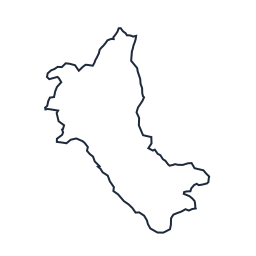 outline of Tsada, Paphos, Cyprus, rotated 12°
{"feature_id": "46923920B10097570546331", "entity_name": "Tsada", "entity_type": "district", "adm_level": 2, "iso_a3": "CYP", "parent_name": "Cyprus", "parent_adm1": "Paphos", "projection": "robinson", "projection_center": [32.485, 34.834], "detail": "fine", "context": "isolated", "style": "outline", "palette": "slate", "viewbox_px": 256, "rotation_deg": 12, "n_neighbors": 0, "source": "geoboundaries", "source_scale": "gbopen_adm2", "svg_char_len": 2072}
<svg xmlns="http://www.w3.org/2000/svg" viewBox="0 0 256 256"><g transform="rotate(12 128 128)"><path d="M46.5,82.8L43.8,85.6L40.8,87.6L38.1,91.2L38.1,94.9L40.8,96.6L48.4,92.7L50.0,93.7L53.2,97.1L50.0,102.6L49.2,107.2L49.2,113.1L45.3,114.5L44.4,118.3L44.4,123.2L42.7,125.4L43.4,127.0L45.5,126.1L49.4,125.8L56.0,125.5L55.1,128.2L58.7,135.8L64.9,138.6L64.6,142.6L63.8,143.2L65.4,145.7L65.0,148.4L60.7,153.3L61.3,156.4L65.5,156.0L71.0,155.7L74.4,151.4L79.6,149.0L86.2,150.3L88.6,151.5L92.7,155.0L92.6,158.8L96.0,161.4L99.8,163.3L102.4,167.6L108.0,171.3L106.7,172.1L109.4,173.5L112.4,176.6L118.1,178.8L119.5,181.0L121.3,183.9L126.5,188.8L126.8,192.7L130.3,194.2L132.1,195.0L139.2,200.4L144.5,202.6L149.0,205.4L153.0,209.2L156.4,208.2L162.0,210.4L165.6,214.3L167.5,217.9L170.7,221.6L176.3,223.4L178.6,224.1L184.3,223.0L190.1,218.3L190.1,213.9L188.9,207.3L190.4,203.3L194.4,200.6L197.1,199.0L198.8,197.6L201.1,195.5L204.7,196.1L207.5,194.0L210.9,192.6L210.5,192.1L209.2,187.6L208.2,185.5L205.6,183.6L202.3,181.9L196.2,180.8L196.2,179.0L198.4,177.9L202.2,176.9L202.4,174.0L204.5,170.1L206.8,168.3L209.1,169.2L212.7,167.8L216.8,165.8L217.9,164.1L217.5,161.2L217.5,158.6L213.9,156.3L210.6,153.7L205.9,153.6L201.5,153.5L197.5,149.1L193.9,150.1L189.3,152.7L184.7,153.6L181.5,153.6L179.6,154.8L176.5,156.2L174.7,155.2L171.4,152.3L168.7,151.3L165.3,147.9L162.4,147.1L158.7,143.6L157.0,144.9L152.1,143.5L154.2,138.2L152.7,132.0L148.4,132.0L144.2,131.9L141.3,127.8L138.1,123.2L136.8,115.9L133.1,110.9L133.5,106.0L135.3,101.5L136.5,98.4L137.3,94.7L136.0,93.7L134.7,91.0L133.5,86.1L131.1,82.1L129.7,77.4L125.7,70.6L124.5,67.5L117.1,61.6L115.9,52.3L116.2,49.4L116.2,46.4L116.6,43.8L117.0,39.9L116.8,36.2L114.0,37.5L111.7,37.1L110.0,37.1L107.7,37.6L106.1,35.9L102.9,34.4L100.1,31.9L98.2,32.4L97.6,36.2L96.1,39.8L94.8,42.2L95.5,44.0L93.1,44.3L89.7,46.5L88.2,50.0L86.6,53.0L85.4,54.7L84.0,57.4L84.0,60.9L82.9,65.4L81.9,68.6L81.6,71.2L80.6,74.4L75.2,74.7L73.3,75.0L70.9,77.8L68.0,82.2L63.1,77.6L57.4,77.3L53.6,77.7L50.6,82.2L46.5,82.8Z" fill="none" stroke="#1e293b" stroke-width="2"/></g></svg>